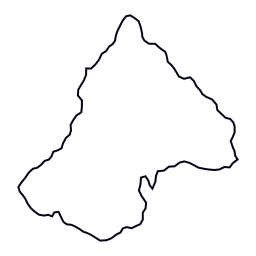 Argirita, Minas Gerais, Brazil
{"feature_id": "56859067B34459368726080", "entity_name": "Argirita", "entity_type": "district", "adm_level": 2, "iso_a3": "BRA", "parent_name": "Brazil", "parent_adm1": "Minas Gerais", "projection": "mercator", "projection_center": [-42.832, -21.628], "detail": "fine", "context": "isolated", "style": "outline", "palette": "ink", "viewbox_px": 256, "rotation_deg": 0, "n_neighbors": 0, "source": "geoboundaries", "source_scale": "gbopen_adm2", "svg_char_len": 1768}
<svg xmlns="http://www.w3.org/2000/svg" viewBox="0 0 256 256"><path d="M237.6,159.5L235.2,155.7L234.6,151.4L232.6,146.6L230.7,141.1L232.7,137.1L234.6,132.4L234.6,126.2L233.3,122.4L230.2,119.0L225.6,117.8L221.3,113.8L217.3,110.0L216.5,104.6L212.2,99.5L206.1,96.8L202.4,94.1L200.1,90.2L196.4,86.2L193.8,80.9L190.1,77.3L184.0,78.8L178.9,76.5L176.5,72.4L174.2,68.6L171.6,65.3L167.8,61.8L166.6,55.8L165.3,51.9L162.0,49.6L158.8,47.2L155.2,43.8L149.1,43.8L144.4,40.6L142.4,37.0L142.0,33.0L140.7,27.1L138.7,21.3L134.1,17.7L130.2,15.4L126.2,16.2L122.9,20.2L120.1,25.6L117.4,31.1L115.8,35.9L115.0,40.8L112.5,44.2L109.1,46.6L106.2,51.0L101.8,53.8L98.9,59.9L95.1,64.8L91.0,68.6L86.2,68.4L86.1,74.9L83.8,80.5L81.1,84.9L78.3,89.6L77.9,95.5L81.9,100.4L81.9,106.6L81.3,112.3L76.5,115.4L73.0,120.5L70.6,125.0L71.0,130.5L69.7,134.7L65.9,138.0L63.0,143.4L61.5,148.3L57.6,150.4L53.3,151.7L51.6,156.2L48.9,159.6L44.6,160.9L40.7,165.2L37.0,167.8L33.0,168.7L28.9,172.4L24.9,178.2L21.4,182.5L18.4,186.9L19.8,191.8L22.8,195.2L25.1,198.4L27.5,203.4L30.8,208.1L34.4,211.4L38.9,214.7L44.3,215.6L48.3,214.8L52.1,216.4L54.3,212.4L58.6,211.9L60.9,216.8L63.5,222.0L66.8,224.3L71.4,224.8L75.0,226.4L79.3,228.9L83.3,231.7L87.1,233.0L91.1,234.9L95.1,237.4L100.2,240.6L106.5,240.2L111.5,238.2L116.4,234.5L120.5,232.5L122.7,228.5L126.6,227.1L131.6,228.2L135.7,226.2L140.3,224.1L142.8,219.6L142.8,212.6L145.6,208.3L146.1,202.7L141.7,196.2L138.9,190.4L140.4,184.8L141.0,177.6L145.5,176.3L148.3,180.5L149.7,185.2L152.4,188.6L155.4,181.6L156.0,175.9L157.8,171.2L164.0,170.6L168.8,166.7L174.6,166.3L179.6,162.6L184.2,161.4L189.3,162.8L193.9,165.2L198.4,167.6L202.5,168.5L208.0,169.4L214.3,170.0L219.3,169.5L224.4,167.0L229.7,167.4L232.9,163.0L237.6,159.5Z" fill="none" stroke="#020617" stroke-width="2"/></svg>